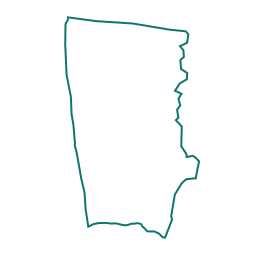 outline of Niagara, New York, United States of America, rotated 277°
{"feature_id": "52423323B57402250817644", "entity_name": "Niagara", "entity_type": "district", "adm_level": 2, "iso_a3": "USA", "parent_name": "United States of America", "parent_adm1": "New York", "projection": "robinson", "projection_center": [-78.823, 43.197], "detail": "fine", "context": "isolated", "style": "outline", "palette": "teal", "viewbox_px": 256, "rotation_deg": 277, "n_neighbors": 0, "source": "geoboundaries", "source_scale": "gbopen_adm2", "svg_char_len": 1058}
<svg xmlns="http://www.w3.org/2000/svg" viewBox="0 0 256 256"><g transform="rotate(277 128 128)"><path d="M230.5,54.9L227.9,55.1L224.7,53.6L222.6,53.4L202.7,55.6L173.2,60.6L152.0,67.5L134.9,70.3L124.6,73.4L105.4,77.4L104.7,77.1L96.9,80.2L72.6,87.6L58.7,92.7L42.4,95.8L25.2,100.6L28.3,105.2L30.1,110.6L31.1,117.5L31.1,119.0L31.1,122.7L31.9,127.9L31.2,133.6L31.1,137.8L32.6,141.6L33.3,142.6L33.9,146.4L34.5,148.1L34.7,150.4L34.1,152.8L32.3,154.1L31.4,155.3L29.8,157.5L28.6,158.4L27.8,160.3L28.0,162.3L28.2,164.1L28.6,166.6L27.0,171.6L25.4,173.7L23.7,175.8L23.7,178.1L42.4,182.9L45.8,181.6L67.6,182.6L79.1,187.8L81.0,189.1L84.3,192.2L86.4,201.5L87.6,201.4L103.6,202.6L107.2,198.1L108.2,195.7L106.4,189.7L109.4,189.1L116.3,183.1L136.0,181.2L141.6,174.6L144.5,176.7L152.1,174.5L156.8,177.1L163.0,174.5L168.5,176.9L170.7,170.1L178.6,174.0L183.6,180.5L189.7,180.1L193.1,173.5L201.7,171.7L205.4,174.8L211.9,173.5L215.6,169.6L219.7,176.2L228.3,176.5L231.0,173.5L230.7,156.8L232.3,120.0L230.2,83.6L230.5,54.9Z" fill="none" stroke="#0f766e" stroke-width="2"/></g></svg>